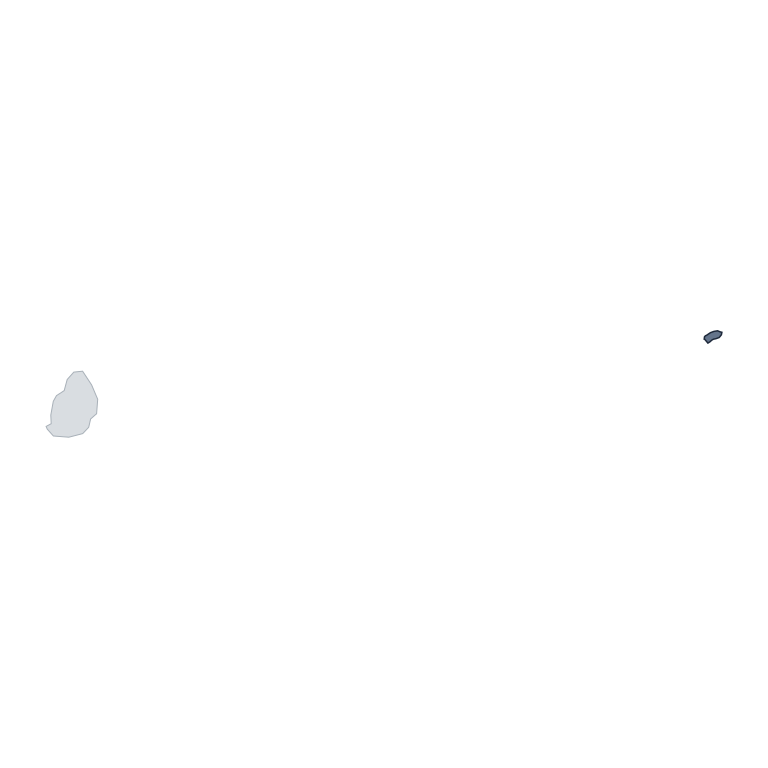 location of Rodrigues within Mauritius
{"feature_id": "MUS-5194", "entity_name": "Rodrigues", "entity_type": "Dependency", "adm_level": 1, "iso_a3": "MUS", "parent_name": "Mauritius", "parent_adm1": "", "projection": "robinson", "projection_center": [63.41, -19.719], "detail": "fine", "context": "in_parent", "style": "filled", "palette": "slate", "viewbox_px": 768, "rotation_deg": 0, "n_neighbors": 0, "source": "natural_earth", "source_scale": "10m", "svg_char_len": 619}
<svg xmlns="http://www.w3.org/2000/svg" viewBox="0 0 768 768"><path d="M82.7,433.6L68.8,437.2L53.4,436.0L47.3,429.2L46.1,426.4L51.2,423.7L50.8,415.1L53.3,401.3L56.5,395.6L64.2,390.6L67.2,379.5L73.8,372.1L82.6,371.2L91.6,384.9L97.7,399.3L96.6,413.7L90.6,419.0L88.7,427.3L82.7,433.6Z" fill="#d9dde1" stroke="#a8b0b8" stroke-width="1"/><path d="M720.0,331.8L721.9,332.3L721.4,334.8L719.2,337.5L715.9,338.7L713.4,339.2L711.7,340.2L710.1,341.7L707.9,343.1L704.8,339.4L704.2,339.2L704.5,336.8L705.4,335.8L706.7,335.2L710.4,332.7L713.9,331.4L717.6,330.8L720.0,331.8Z" fill="#64748b" stroke="#1e293b" stroke-width="1.5"/></svg>